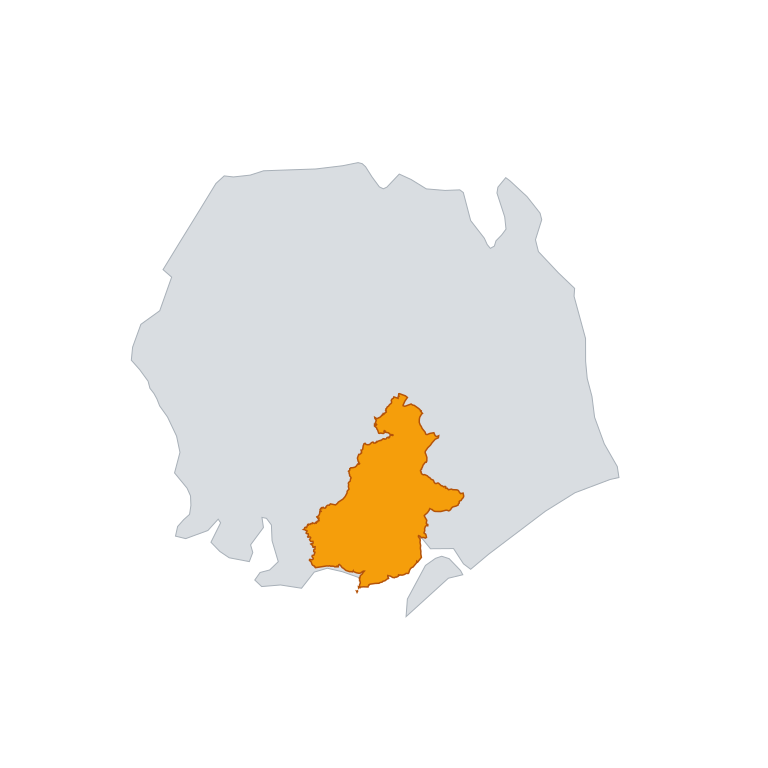 Moyamba, Southern, Sierra Leone (highlighted), rotated 302°
{"feature_id": "65957751B35726846399821", "entity_name": "Moyamba", "entity_type": "district", "adm_level": 2, "iso_a3": "SLE", "parent_name": "Sierra Leone", "parent_adm1": "Southern", "projection": "orthographic", "projection_center": [-12.482, 8.03], "detail": "fine", "context": "in_parent", "style": "filled", "palette": "amber", "viewbox_px": 768, "rotation_deg": 302, "n_neighbors": 0, "source": "geoboundaries", "source_scale": "gbopen_adm2", "svg_char_len": 7723}
<svg xmlns="http://www.w3.org/2000/svg" viewBox="0 0 768 768"><g transform="rotate(302 384 384)"><path d="M623.5,377.9L623.1,382.9L618.7,406.0L611.6,425.8L606.9,430.7L586.6,436.0L578.1,444.8L570.7,472.9L566.1,495.0L559.1,498.7L529.4,530.8L510.0,543.0L496.4,553.4L483.6,567.0L467.4,580.2L450.0,602.5L437.6,625.6L429.2,632.8L422.8,626.3L393.0,603.6L361.7,588.3L295.0,562.9L272.8,555.7L273.6,546.7L281.3,530.2L268.9,510.7L273.7,496.7L268.9,496.6L259.3,505.1L239.0,502.7L225.5,490.5L214.6,486.1L209.8,480.0L202.7,448.0L197.7,433.5L187.5,424.5L167.1,422.3L158.7,402.7L147.4,387.6L149.3,378.3L158.5,378.8L165.7,385.6L177.3,388.5L191.8,372.1L204.8,363.2L207.8,355.5L206.2,351.2L198.4,357.8L176.9,356.1L171.6,362.0L162.0,363.9L154.6,344.8L155.0,333.5L158.1,321.1L179.7,319.0L181.5,315.0L166.5,312.3L147.8,297.8L144.5,287.8L153.8,284.5L162.7,286.0L170.4,288.2L178.7,284.6L186.6,279.2L191.3,272.2L197.6,253.5L217.9,247.2L229.9,235.7L241.3,217.9L246.5,205.4L251.1,199.2L254.1,193.8L256.3,187.8L261.4,182.4L266.7,169.2L270.3,157.1L282.0,151.3L305.8,146.2L327.3,155.0L362.1,147.3L363.9,136.0L395.8,135.7L433.6,135.5L465.0,135.2L475.8,138.2L479.8,146.6L490.2,159.8L501.0,168.9L514.5,188.9L530.2,212.2L547.2,233.3L558.0,244.7L559.3,248.7L558.5,253.2L553.3,264.0L548.7,275.6L549.2,280.0L552.4,282.1L570.1,285.7L571.8,298.6L571.9,316.5L580.5,333.2L588.8,345.4L588.4,349.8L568.5,370.9L560.8,391.8L556.9,397.7L555.4,402.3L559.4,404.5L564.8,403.1L572.6,404.8L580.0,405.4L589.7,397.8L605.8,378.6L611.3,376.3L623.5,377.9ZM266.4,547.7L264.0,551.9L253.4,541.5L198.4,526.0L214.0,517.8L252.1,515.3L263.5,520.1L268.5,524.2L270.4,531.8L266.4,547.7Z" fill="#d9dde1" stroke="#a8b0b8" stroke-width="1"/><path d="M201.6,415.2L200.6,414.0L199.4,414.5L198.8,416.3L198.1,416.7L196.8,416.1L196.0,414.0L195.2,414.0L194.9,414.3L194.6,416.4L193.1,418.2L192.5,419.4L192.7,421.5L192.6,421.8L192.4,421.6L191.9,423.2L199.5,432.0L200.2,433.4L201.1,434.3L201.1,435.1L202.5,437.3L202.9,438.4L202.9,439.4L203.7,440.1L203.8,440.5L204.1,440.3L204.7,440.6L204.7,441.3L204.4,441.5L204.6,441.9L204.8,442.1L205.3,441.7L206.9,441.4L207.3,441.7L207.0,443.7L206.1,445.8L206.2,447.3L205.7,450.4L206.6,454.2L207.6,455.8L207.9,456.8L209.0,456.9L208.7,457.1L209.3,460.7L210.3,463.3L211.2,464.2L213.7,465.2L214.6,465.9L214.9,466.5L213.1,466.2L211.2,466.2L209.1,465.5L206.8,466.3L206.8,465.9L206.3,465.9L204.8,467.4L204.2,467.5L204.2,468.0L203.4,468.9L202.1,469.6L201.4,469.5L200.3,469.9L199.6,470.4L198.4,470.1L198.4,469.9L197.8,470.4L198.0,470.4L198.5,471.6L198.8,471.5L199.5,471.9L201.1,474.0L203.4,478.0L204.1,477.7L205.4,477.9L205.7,477.6L206.9,478.3L210.2,482.2L212.4,485.4L213.3,485.7L215.2,487.5L216.1,487.6L217.7,489.1L221.0,490.3L221.1,490.7L221.7,490.9L222.6,489.3L223.6,488.7L224.5,491.3L224.5,493.8L225.3,495.6L226.2,495.9L226.9,497.0L228.4,497.9L229.1,498.0L229.1,497.7L229.8,497.5L229.9,498.4L230.7,498.8L230.8,499.5L231.9,501.1L233.5,502.4L235.1,503.1L236.1,504.9L236.9,505.1L239.6,504.4L241.5,504.3L243.1,504.8L244.1,505.6L249.9,506.4L251.0,505.8L250.8,506.9L256.8,507.6L259.4,505.2L261.7,503.9L263.9,501.9L266.5,500.6L268.7,498.5L270.9,497.4L271.9,496.2L272.6,494.3L273.3,493.7L273.8,493.7L274.0,495.1L273.5,497.1L274.7,498.5L275.3,500.8L276.5,501.3L278.3,499.5L278.8,498.7L278.7,497.2L279.0,496.8L281.2,496.3L282.8,495.1L285.1,494.6L286.6,495.0L286.9,496.2L287.8,495.9L288.1,495.4L287.7,494.8L288.3,493.6L291.1,492.5L293.1,488.7L293.7,487.9L294.1,487.9L297.8,489.0L300.9,489.2L301.8,488.9L302.7,488.9L302.8,491.1L303.1,491.5L302.7,492.7L302.8,494.2L303.3,495.4L306.0,499.8L309.9,503.5L310.4,504.5L310.7,506.1L311.2,506.5L312.6,507.0L315.2,507.1L316.2,507.5L318.8,509.9L320.6,511.0L321.9,510.6L323.0,510.9L324.0,510.1L324.8,510.1L326.1,511.1L327.5,511.0L328.7,511.3L330.3,511.3L331.2,511.0L333.4,508.9L331.6,507.0L332.5,504.5L333.1,503.6L332.9,502.0L330.8,498.2L330.6,496.9L328.5,494.7L329.1,492.7L328.4,491.6L328.4,491.3L329.6,490.8L329.7,490.5L329.1,489.5L328.4,489.2L328.5,487.5L328.1,486.5L328.8,482.8L328.6,482.1L327.2,481.0L326.8,480.2L327.2,478.7L328.6,476.8L328.2,474.3L328.9,472.3L328.6,471.5L329.1,469.3L328.7,466.7L328.5,466.1L327.8,465.5L327.7,464.0L328.4,462.4L329.1,462.3L329.6,461.0L330.2,460.7L331.6,461.0L331.8,460.7L333.8,460.6L335.8,460.1L339.6,460.5L340.0,461.3L341.4,461.1L344.4,459.3L346.7,456.6L347.4,455.4L348.8,454.7L353.1,454.9L356.8,455.8L359.6,455.9L364.3,456.7L367.2,458.6L369.1,457.8L367.8,456.9L367.3,456.2L367.2,455.5L367.5,454.4L369.1,452.1L366.4,449.1L364.1,447.5L363.6,446.5L363.6,446.0L365.0,444.3L366.5,439.9L367.8,438.0L368.5,436.3L370.2,434.2L372.9,432.6L374.8,431.9L378.3,431.8L379.5,432.2L379.8,430.8L380.4,430.2L380.4,429.8L380.8,429.7L380.4,429.3L381.2,428.4L381.6,426.5L381.9,420.9L381.3,419.5L381.4,417.6L376.1,413.5L375.7,411.7L376.1,411.4L380.5,410.8L385.0,411.0L385.3,408.4L384.0,402.2L383.5,401.7L381.6,402.6L381.6,403.2L380.4,402.8L379.3,403.5L378.3,399.2L376.9,399.5L375.3,398.7L374.3,398.8L373.8,398.9L372.8,400.0L371.6,400.4L369.3,399.6L367.6,399.6L366.3,398.9L364.6,399.1L363.8,398.8L362.8,399.7L362.5,399.5L362.2,400.3L361.3,400.4L361.2,400.7L360.3,400.2L359.5,400.2L359.0,399.5L358.4,399.8L358.3,399.2L358.0,399.5L357.7,399.2L357.3,399.3L357.1,398.9L356.6,399.2L355.9,398.6L355.4,398.7L353.9,398.3L351.2,396.6L350.8,396.3L350.8,393.8L350.1,394.4L348.9,396.8L346.3,397.3L345.7,399.3L344.8,399.2L344.5,398.8L344.7,397.4L343.3,398.2L342.9,400.9L342.0,401.9L341.6,403.0L339.5,405.5L339.8,406.5L340.6,407.1L341.6,409.6L342.2,410.0L343.0,409.9L343.4,409.7L343.6,409.2L344.6,409.0L344.7,410.3L343.9,410.7L343.9,411.1L345.0,413.6L344.5,416.1L345.6,418.2L345.5,418.7L345.1,418.8L344.8,418.5L344.8,418.0L344.0,416.7L343.1,416.5L342.0,416.9L341.1,416.8L340.9,416.6L341.4,416.3L341.4,416.0L340.1,414.9L339.2,415.0L338.2,414.6L337.4,413.5L337.6,413.1L337.1,412.3L334.4,411.3L334.4,410.9L332.0,409.0L330.8,408.7L331.0,408.4L330.6,408.4L330.5,408.1L329.2,407.8L328.5,406.6L328.8,406.3L328.9,405.4L327.7,404.5L325.0,403.8L323.8,402.3L323.2,400.7L323.7,399.4L322.8,398.7L320.6,399.1L317.4,400.5L315.9,400.1L315.3,400.4L315.3,400.1L314.6,400.9L314.1,400.9L314.0,401.3L313.5,401.5L311.2,400.6L310.9,399.9L307.1,400.7L304.7,403.1L304.4,404.0L303.7,404.3L303.7,405.4L303.3,405.5L303.1,405.1L302.5,405.1L302.2,404.1L299.7,404.0L298.2,403.5L296.6,402.0L295.3,400.2L294.6,400.2L294.1,399.8L292.8,400.6L291.2,400.1L290.9,401.0L289.7,401.8L289.0,402.8L287.9,403.5L287.7,404.5L286.9,405.9L285.8,405.9L283.6,406.8L282.3,406.3L281.4,406.2L280.8,406.4L280.0,407.3L278.0,408.2L276.3,410.0L274.1,409.6L273.5,409.6L272.0,410.4L268.0,410.7L264.7,410.2L259.5,407.8L258.3,407.8L255.8,407.0L253.9,402.0L252.3,401.9L251.6,400.7L250.9,400.2L249.4,399.8L248.5,400.2L248.1,399.9L247.5,399.9L247.0,398.9L247.2,397.7L246.6,397.6L246.1,396.6L245.7,396.6L245.3,397.0L245.0,396.3L243.5,396.4L243.5,397.0L243.0,397.3L242.6,398.2L242.3,398.0L242.0,397.1L239.7,398.2L238.7,398.3L237.3,398.3L235.7,397.4L235.5,397.7L235.7,398.2L235.6,398.7L235.1,399.1L235.7,399.9L234.3,400.6L233.9,401.1L233.7,400.5L232.9,400.8L232.2,400.2L231.8,400.6L231.1,399.7L230.2,400.2L230.1,399.5L229.0,399.2L228.7,398.1L228.3,397.5L228.3,396.8L227.4,397.0L226.8,395.9L225.8,395.8L225.4,394.5L224.3,394.6L224.3,393.8L221.2,394.4L220.9,393.2L220.2,392.9L218.9,393.3L218.0,392.9L218.5,394.3L218.3,395.2L218.8,396.1L218.6,396.7L216.3,396.9L216.2,397.9L216.8,399.1L215.4,400.2L214.0,400.2L213.8,400.7L215.1,402.3L215.0,403.1L214.4,403.4L212.6,403.3L211.7,405.3L212.9,407.1L211.7,408.1L211.0,408.2L210.3,407.1L209.5,406.7L209.2,409.0L207.9,410.3L208.0,410.8L209.0,411.1L209.5,411.8L207.1,413.0L206.1,412.3L204.6,413.2L204.8,414.6L202.2,415.2L201.6,415.2ZM193.9,471.0L193.8,470.5L193.1,471.5L194.4,471.4L194.5,471.1L193.9,471.0Z" fill="#f59e0b" stroke="#b45309" stroke-width="1.5"/></g></svg>